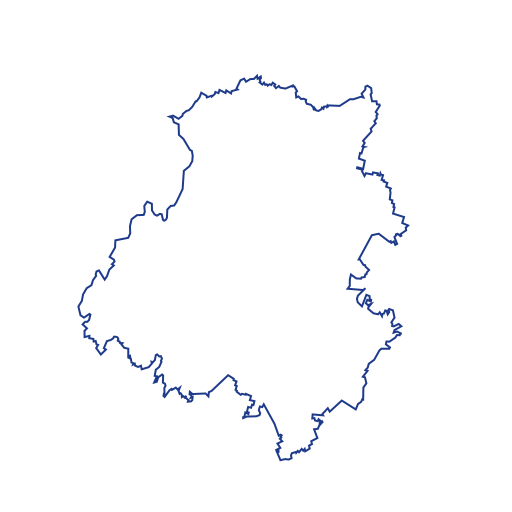 outline of Chicontepec, Veracruz, Mexico, rotated 14°
{"feature_id": "50627088B30758784507478", "entity_name": "Chicontepec", "entity_type": "district", "adm_level": 2, "iso_a3": "MEX", "parent_name": "Mexico", "parent_adm1": "Veracruz", "projection": "equal_earth", "projection_center": [-98.042, 21.007], "detail": "fine", "context": "isolated", "style": "outline", "palette": "blue", "viewbox_px": 512, "rotation_deg": 14, "n_neighbors": 0, "source": "geoboundaries", "source_scale": "gbopen_adm2", "svg_char_len": 6081}
<svg xmlns="http://www.w3.org/2000/svg" viewBox="0 0 512 512"><g transform="rotate(14 256 256)"><path d="M97.5,335.1L97.9,341.5L95.9,348.0L100.0,355.9L104.0,357.4L108.4,352.5L109.5,353.0L109.5,358.6L108.2,360.7L106.1,361.2L104.3,364.3L109.5,367.1L107.7,370.1L109.3,376.1L113.7,373.8L114.1,376.1L118.3,375.8L119.2,378.3L121.0,377.3L122.6,380.3L124.3,380.5L123.2,384.0L129.3,389.1L133.0,383.1L130.7,382.3L131.9,374.7L135.4,372.6L137.3,370.5L137.7,368.7L139.0,368.3L141.2,368.4L142.5,369.8L142.4,371.7L144.4,372.0L144.9,373.2L147.5,372.9L146.8,374.3L150.4,377.0L154.5,376.8L156.3,384.2L157.8,383.2L158.5,384.7L157.5,385.6L159.5,386.1L161.0,389.5L163.2,389.7L163.0,391.1L164.5,389.9L165.2,391.6L168.4,392.2L170.9,390.3L172.5,393.6L178.8,389.8L181.0,385.5L180.2,383.9L181.6,384.1L183.0,381.6L182.8,376.3L183.9,375.4L186.5,376.9L187.9,376.2L189.6,378.4L189.1,380.8L189.9,381.6L188.9,387.1L186.3,390.6L186.7,396.8L188.9,396.7L187.8,403.4L190.1,402.1L190.5,397.3L193.6,393.7L194.8,394.4L196.3,401.4L198.5,401.9L199.6,403.7L199.0,406.2L200.5,411.7L199.9,411.9L200.1,414.1L201.4,414.9L204.6,407.1L206.2,405.4L206.9,406.2L210.0,403.1L212.2,404.5L213.9,402.3L213.5,405.6L215.2,408.2L216.0,407.4L217.4,408.4L218.2,410.8L219.3,409.6L221.2,410.7L221.8,408.6L222.2,410.5L225.4,412.4L225.2,413.8L228.1,412.8L229.0,411.4L228.6,408.1L227.1,409.2L227.5,407.9L226.8,406.6L225.0,406.3L224.7,403.8L227.8,405.3L240.3,401.6L243.8,403.7L243.2,399.5L245.5,397.7L257.8,378.4L264.1,380.5L264.2,381.9L267.4,382.4L267.0,386.5L268.8,386.8L268.5,390.8L270.0,391.3L270.0,392.3L274.8,394.4L275.8,393.1L279.6,393.1L279.6,392.2L285.1,393.1L284.9,397.3L289.6,397.2L289.6,401.2L288.1,401.2L288.0,404.4L284.9,404.4L284.9,409.6L286.8,409.6L286.8,411.2L283.5,410.4L283.6,414.8L282.5,415.6L282.8,416.4L285.6,414.1L295.0,411.5L297.9,409.6L298.1,407.6L296.0,404.8L296.2,401.1L298.6,401.1L299.4,398.0L314.5,414.3L321.5,424.8L323.1,423.4L324.3,423.8L323.6,425.7L324.4,426.2L323.4,427.6L326.3,429.4L322.2,432.8L326.0,436.3L322.5,439.3L323.4,440.6L324.9,439.4L325.3,440.6L324.1,441.5L329.1,448.2L333.4,446.0L336.9,445.6L339.4,443.6L338.2,441.0L338.5,438.7L342.3,436.4L342.7,437.2L343.7,435.0L345.2,436.0L347.0,432.1L348.9,433.5L349.9,431.4L351.0,433.6L354.7,429.9L353.3,427.2L355.8,425.0L354.4,422.3L359.6,417.8L354.3,410.1L357.8,408.7L358.3,405.5L360.7,401.0L360.0,400.3L358.3,402.7L358.0,400.1L356.2,399.2L355.9,401.3L353.1,401.3L351.9,399.2L349.9,400.0L349.3,396.0L359.6,394.4L358.6,393.4L362.5,386.3L365.2,389.2L374.2,375.5L389.9,380.7L390.8,374.9L393.3,372.1L393.8,369.3L394.7,369.4L392.0,357.6L393.9,352.8L391.1,347.4L388.9,347.3L392.0,340.5L389.8,340.3L391.4,337.3L391.5,333.3L395.8,328.1L398.6,317.8L400.0,315.7L407.8,313.7L408.1,312.3L403.4,310.3L403.3,307.4L406.2,306.8L410.9,301.5L411.9,298.6L414.6,298.1L414.7,296.5L416.1,296.2L411.1,295.2L408.1,297.1L408.3,294.4L414.0,289.0L410.9,287.4L406.6,291.0L405.0,291.0L404.8,289.0L403.4,287.6L405.3,282.3L402.0,275.6L398.0,275.2L397.6,276.0L398.8,278.2L397.9,280.7L396.1,277.6L394.6,277.5L394.1,280.7L392.7,281.7L392.8,283.9L389.7,280.7L388.6,283.0L383.9,283.2L377.6,280.1L377.4,278.7L379.3,274.6L376.5,276.6L374.0,275.2L374.6,271.6L378.4,272.4L378.4,270.7L376.7,270.2L375.9,267.4L372.5,267.0L371.0,279.2L365.9,276.3L364.3,273.1L364.5,269.8L370.0,260.8L368.2,263.1L352.8,265.6L354.2,262.4L352.7,256.0L352.6,251.0L358.7,253.5L363.4,252.6L363.6,251.3L366.6,250.1L366.5,247.5L367.6,246.9L367.5,245.2L369.1,242.2L364.7,239.8L364.1,238.5L362.5,238.7L357.6,234.2L356.5,234.5L363.4,207.8L369.7,204.7L382.0,210.0L383.1,209.0L384.1,210.5L386.2,208.5L388.4,211.5L390.0,210.1L385.7,204.1L387.1,201.8L386.6,201.1L388.0,200.2L391.4,201.8L392.1,201.2L391.0,199.8L395.5,194.7L394.4,192.3L396.2,189.6L389.9,188.6L390.2,182.4L378.7,181.7L378.7,175.3L377.5,175.2L377.5,172.2L375.0,171.7L374.9,169.0L372.1,168.7L371.2,161.9L370.1,159.7L370.5,157.9L365.5,157.2L365.7,153.3L361.8,152.9L361.9,151.6L359.5,151.8L359.7,146.8L357.5,146.8L356.7,145.7L356.6,148.1L354.2,148.0L354.3,146.3L349.3,146.6L349.3,148.8L342.6,149.1L341.9,152.1L338.4,148.1L338.6,146.6L332.8,146.4L332.8,145.4L338.9,145.5L338.5,137.2L332.3,136.6L332.0,130.9L333.5,131.0L333.9,124.4L334.8,123.9L332.8,123.9L334.1,120.0L332.0,118.3L338.0,107.2L336.5,104.8L340.1,98.2L338.2,96.6L339.9,93.1L338.9,90.8L339.7,89.0L337.3,87.3L339.7,80.2L339.2,79.2L336.7,79.6L335.4,76.7L331.2,77.8L328.1,71.4L328.9,70.0L327.1,65.2L322.9,63.8L321.2,65.2L321.8,68.1L319.2,72.9L321.9,76.2L319.3,76.1L312.5,80.4L309.3,81.1L300.9,90.1L290.1,92.3L289.6,93.6L288.8,92.8L288.6,93.9L288.3,93.5L287.6,93.1L288.4,93.7L285.9,94.6L285.8,96.8L284.1,96.0L283.8,97.9L281.6,100.1L279.2,100.2L277.3,98.6L277.6,99.8L276.6,99.9L275.5,97.9L272.7,96.0L268.4,96.0L266.9,94.1L266.8,92.3L264.1,91.9L261.9,92.8L258.5,90.9L256.7,92.4L255.0,87.8L256.0,86.2L252.1,82.1L250.6,82.7L250.4,81.7L244.1,86.4L238.8,86.8L237.0,85.5L234.8,88.3L232.5,86.6L233.2,84.9L230.3,83.8L229.5,86.4L227.7,86.0L226.1,87.9L224.9,86.8L223.5,87.7L221.8,85.8L220.7,88.1L217.5,86.7L218.1,85.8L216.9,84.1L217.8,82.2L217.2,80.7L214.6,83.6L213.4,80.9L211.2,84.7L207.7,85.7L204.2,89.3L201.6,86.8L198.4,89.3L196.6,98.3L197.9,98.9L192.5,101.9L192.5,104.3L187.1,102.5L187.0,105.2L180.4,103.7L180.2,107.0L176.9,106.7L176.8,108.9L174.5,112.0L174.0,111.4L169.9,114.0L169.3,112.5L163.4,110.8L162.8,115.9L160.9,120.3L160.0,120.5L158.1,126.6L155.6,130.8L153.4,132.1L150.6,135.9L150.7,137.8L147.7,141.6L141.6,139.9L138.3,141.7L141.8,142.3L143.9,146.1L149.1,147.0L151.9,157.1L157.3,160.0L166.2,169.0L168.3,169.5L170.3,173.9L171.2,179.3L169.7,185.0L165.4,190.8L168.6,208.8L165.7,223.1L164.4,226.8L161.1,228.1L158.7,232.3L160.3,240.3L159.9,242.4L158.3,244.0L157.0,243.4L154.4,238.3L152.5,238.4L150.2,240.8L147.5,240.2L144.1,237.0L142.3,230.5L137.3,229.6L135.5,234.5L137.4,240.1L137.1,243.3L130.6,245.2L126.4,250.5L126.5,257.6L128.5,264.5L127.6,269.3L115.8,274.8L117.2,282.0L114.2,292.3L119.0,293.9L120.1,295.6L118.2,298.8L120.3,299.6L117.0,304.6L116.3,311.7L114.9,315.5L107.1,308.0L105.0,309.6L104.9,312.6L105.7,313.9L103.7,318.7L103.4,324.1L99.5,328.2L97.5,335.1Z" fill="none" stroke="#1e3a8a" stroke-width="2"/></g></svg>